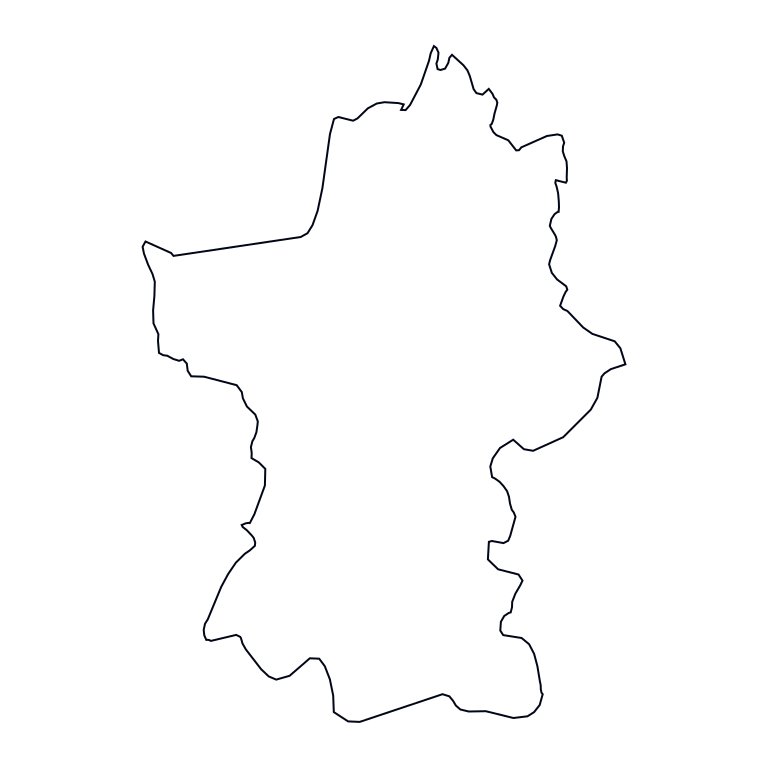 an SVG outline of Päijät-Häme
{"feature_id": "FIN-3184", "entity_name": "Päijät-Häme", "entity_type": "Province", "adm_level": 1, "iso_a3": "FIN", "parent_name": "Finland", "parent_adm1": "", "projection": "albers", "projection_center": [25.782, 61.243], "detail": "fine", "context": "isolated", "style": "outline", "palette": "ink", "viewbox_px": 768, "rotation_deg": 0, "n_neighbors": 0, "source": "natural_earth", "source_scale": "10m", "svg_char_len": 3007}
<svg xmlns="http://www.w3.org/2000/svg" viewBox="0 0 768 768"><path d="M566.5,161.4L567.0,168.0L566.7,177.8L566.9,180.7L565.9,182.7L555.8,180.2L555.3,182.9L556.6,186.6L558.1,193.2L558.8,201.3L559.0,207.2L558.6,211.9L557.7,211.9L554.6,214.1L551.4,218.9L549.8,225.9L550.9,228.1L554.7,234.3L555.9,236.6L556.8,240.2L555.2,246.1L550.1,260.2L549.1,264.3L551.8,272.8L557.0,279.4L566.2,286.3L567.3,289.7L565.7,291.8L563.4,296.6L560.1,305.8L563.2,309.1L567.4,311.0L583.2,327.5L592.4,333.9L614.7,341.3L620.4,348.3L625.4,364.3L610.9,369.1L604.4,373.4L601.6,376.7L597.4,397.8L590.8,409.6L563.2,437.2L533.1,450.8L523.9,449.2L513.2,439.7L500.0,448.0L492.8,458.3L490.3,466.5L492.1,477.1L495.1,478.6L499.7,481.9L503.5,486.1L507.1,491.2L509.0,496.9L510.0,503.6L511.8,509.8L513.8,512.5L515.5,516.8L510.2,535.9L508.2,540.7L503.5,543.1L491.9,541.0L488.9,541.8L487.9,559.4L498.1,569.3L518.5,574.5L522.5,580.6L520.2,585.4L515.4,593.6L512.2,601.8L512.0,607.3L510.7,612.4L508.7,613.0L504.2,616.0L500.9,621.8L500.3,630.6L503.2,635.1L521.6,638.0L529.1,644.2L534.1,653.8L537.4,666.2L539.8,680.8L540.7,685.3L540.8,689.4L541.5,692.7L542.7,694.2L539.7,705.0L534.1,712.1L527.5,716.3L513.4,718.0L485.8,711.2L468.7,711.5L460.4,709.5L455.9,705.6L453.0,700.7L449.3,696.3L442.5,694.2L359.7,721.9L348.1,721.4L333.8,712.1L333.2,695.6L329.9,679.4L324.8,666.2L319.2,658.7L309.8,658.3L289.6,675.8L276.2,679.6L268.7,676.4L261.2,669.3L245.9,649.5L242.5,643.5L240.9,637.9L240.1,636.8L236.2,634.9L210.9,640.9L209.1,640.0L207.2,639.8L206.3,639.9L204.3,635.4L203.7,629.9L205.0,623.8L207.8,619.3L221.2,586.9L228.1,574.1L235.9,562.6L244.8,553.8L249.8,550.4L254.9,545.8L255.2,542.5L253.7,537.9L251.8,535.5L246.8,530.2L242.7,527.0L241.7,525.0L245.5,523.4L248.2,522.9L249.8,523.1L254.4,514.2L264.9,485.5L265.3,468.9L258.8,462.4L251.5,458.1L251.7,453.4L251.4,450.5L250.9,447.1L252.4,441.2L254.3,438.0L256.4,432.2L257.4,425.5L257.8,421.4L255.3,414.6L246.9,406.5L242.9,398.3L241.8,392.1L236.7,385.2L204.0,376.7L191.2,376.3L187.7,370.8L186.8,363.6L183.0,359.3L179.1,360.8L173.3,359.0L167.2,355.7L163.2,355.2L159.0,352.9L158.0,341.0L158.4,334.2L153.5,323.4L153.1,310.3L154.4,296.0L154.8,281.7L152.5,274.0L148.2,264.9L144.0,253.7L142.6,246.8L145.5,241.5L171.1,253.0L173.5,255.9L300.7,237.0L307.5,233.2L312.5,225.2L317.6,210.9L322.4,188.2L330.0,133.9L334.0,119.0L338.3,117.0L353.1,120.7L357.5,118.4L367.9,108.3L376.8,103.5L384.5,102.2L398.5,103.1L403.7,104.4L401.1,109.9L405.6,110.1L410.1,104.9L420.8,84.5L429.0,60.8L430.7,53.3L433.9,46.1L436.4,47.9L438.5,52.7L437.8,59.4L436.4,63.6L437.6,69.1L440.5,70.0L445.1,68.6L448.3,62.9L449.4,57.8L452.0,54.8L463.4,65.2L467.4,70.3L469.8,76.0L473.6,89.1L476.4,93.1L482.5,94.6L488.8,88.9L492.6,94.0L494.0,97.4L496.3,99.7L497.3,102.6L496.8,105.5L494.5,113.6L493.3,119.6L491.8,123.8L490.4,125.0L490.5,126.6L493.4,132.1L496.4,135.1L508.3,140.3L516.2,150.4L519.0,150.2L521.4,147.3L546.9,136.0L557.6,134.4L561.8,135.7L564.2,142.7L563.0,146.4L562.8,151.4L564.2,155.9L566.5,161.4Z" fill="none" stroke="#020617" stroke-width="2"/></svg>